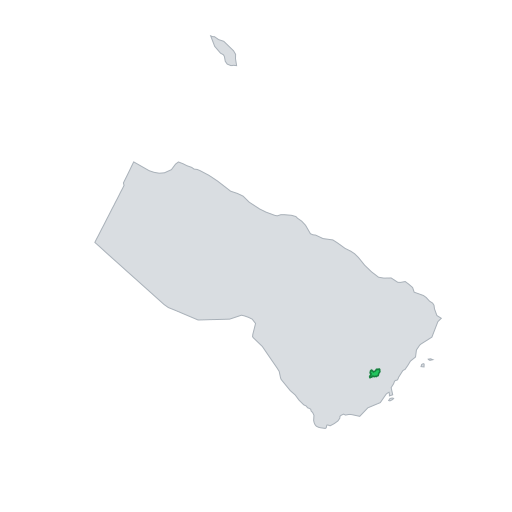 Bani Sa'd, Al Mahwit, Yemen shown in context, rotated 230°
{"feature_id": "15242507B10684657615911", "entity_name": "Bani Sa'd", "entity_type": "district", "adm_level": 2, "iso_a3": "YEM", "parent_name": "Yemen", "parent_adm1": "Al Mahwit", "projection": "mercator", "projection_center": [43.545, 15.235], "detail": "fine", "context": "in_parent", "style": "filled", "palette": "green", "viewbox_px": 512, "rotation_deg": 230, "n_neighbors": 0, "source": "geoboundaries", "source_scale": "gbopen_adm2", "svg_char_len": 4468}
<svg xmlns="http://www.w3.org/2000/svg" viewBox="0 0 512 512"><g transform="rotate(230 256 256)"><path d="M406.7,222.8L390.0,229.0L385.6,231.7L381.6,235.1L378.6,239.3L376.5,246.7L378.1,253.4L377.9,257.0L373.6,259.4L369.6,261.1L365.2,263.7L362.4,264.4L360.2,266.5L357.6,267.9L348.3,271.7L338.2,274.7L322.0,278.2L315.8,282.0L310.1,284.6L301.5,285.4L289.7,289.0L283.1,291.9L274.9,296.6L273.1,298.1L271.7,301.5L269.2,304.5L264.3,309.4L260.6,311.9L258.1,312.1L253.3,313.4L247.7,313.7L238.1,312.0L235.7,313.2L233.7,315.1L226.3,318.5L218.9,325.2L213.4,326.9L204.6,329.1L198.4,331.8L194.3,333.0L188.9,333.5L179.0,333.3L169.7,334.3L161.0,336.2L156.9,339.7L152.3,345.4L144.7,347.7L142.9,349.7L140.5,353.9L135.6,355.0L131.2,355.7L126.6,353.9L118.0,358.9L114.8,359.7L109.9,359.9L106.4,361.0L103.9,360.7L100.7,358.7L94.1,356.3L89.2,357.9L88.8,353.1L80.8,338.6L82.5,325.9L82.5,324.1L80.9,318.5L76.1,313.3L76.2,306.7L74.6,302.0L73.3,297.2L73.7,295.9L73.8,294.7L71.4,287.2L70.5,285.7L70.2,284.2L71.0,283.0L71.0,281.6L69.7,279.3L68.3,274.9L61.8,271.5L63.1,268.3L64.4,269.4L66.1,270.4L66.5,268.3L66.5,266.8L63.8,257.0L67.8,244.1L66.5,232.4L72.7,227.6L74.2,226.2L75.1,225.0L76.6,222.3L78.6,221.4L79.3,218.6L79.2,217.2L77.9,216.0L77.0,212.7L77.3,208.5L77.6,206.8L78.3,203.6L80.4,202.4L80.9,201.5L79.3,199.4L79.4,198.2L83.1,194.9L84.6,193.8L86.9,192.8L88.8,192.8L90.9,193.4L92.9,194.4L94.7,196.1L96.7,198.0L99.7,198.8L101.8,198.6L103.4,199.4L104.8,199.0L106.5,198.0L109.0,198.0L111.3,196.9L117.9,196.3L124.3,196.7L130.9,195.7L137.5,195.8L144.2,195.9L145.6,196.0L147.1,196.6L152.7,199.6L157.0,200.2L165.5,201.0L174.7,201.9L182.6,202.7L189.3,202.0L194.9,201.4L196.4,201.5L198.1,203.3L201.4,207.9L204.6,212.3L210.1,212.5L213.7,210.9L217.6,208.6L220.0,206.8L222.8,199.7L224.6,195.2L228.7,190.0L232.1,185.7L236.7,180.0L239.2,176.8L244.2,170.5L248.9,168.1L258.1,163.4L267.1,158.8L272.9,155.7L277.9,154.4L286.3,153.2L296.1,151.8L305.9,150.4L316.4,148.9L328.0,147.2L336.0,146.1L346.2,144.6L354.7,143.4L362.3,142.4L370.0,141.3L371.5,144.7L372.9,148.2L374.4,151.7L375.9,155.2L377.3,158.7L378.8,162.2L380.3,165.7L381.7,169.1L383.2,172.6L384.7,176.1L386.1,179.6L387.6,183.0L389.0,186.5L390.5,190.0L392.0,193.4L393.4,196.9L394.9,200.3L397.2,201.4L398.6,204.6L400.6,209.2L402.6,213.7L404.7,218.3L406.7,222.8ZM429.1,360.0L431.1,360.4L434.2,359.2L443.1,359.1L453.8,362.8L451.8,363.8L450.6,365.2L445.9,366.4L441.2,369.3L427.6,370.7L423.6,370.0L420.3,367.1L414.3,363.5L416.7,361.2L417.2,360.1L418.1,359.1L421.5,357.3L424.9,357.6L429.1,360.0ZM66.1,314.6L65.6,315.3L65.0,315.2L63.0,313.4L65.2,311.3L66.4,313.2L66.1,314.6ZM59.6,269.1L58.5,269.9L58.2,268.5L58.9,265.5L60.0,264.7L60.7,266.9L60.2,268.1L59.6,269.1ZM65.0,323.7L62.9,324.8L64.3,322.1L65.9,321.5L66.3,321.6L65.0,323.7Z" fill="#d9dde1" stroke="#a8b0b8" stroke-width="1"/><path d="M90.1,277.8L90.2,277.7L90.3,277.7L90.5,277.4L90.5,277.2L90.6,276.9L90.6,276.7L90.7,276.4L90.8,276.4L91.0,276.2L91.3,276.2L91.4,275.9L91.5,275.7L91.8,275.5L91.8,275.4L91.7,275.3L91.7,275.2L91.6,274.9L91.5,274.6L91.5,274.4L91.4,274.3L91.4,274.2L91.3,273.9L91.3,273.7L91.3,273.4L91.3,273.2L91.3,272.9L91.4,272.7L91.5,272.5L91.5,272.4L91.6,272.2L91.8,272.0L91.8,271.9L92.0,271.8L92.1,271.7L92.3,271.6L92.2,271.5L92.3,271.5L92.3,271.4L92.5,271.4L92.8,271.4L93.0,271.3L93.3,271.3L93.5,271.3L93.5,271.2L93.8,271.1L93.9,270.9L94.0,270.9L93.9,270.8L93.9,270.7L94.0,270.7L94.0,270.8L94.3,270.8L94.3,270.7L94.3,270.8L94.4,270.7L94.4,270.4L94.4,270.2L94.4,269.9L94.2,269.6L93.9,269.3L93.6,269.0L93.5,268.7L93.2,268.4L93.0,268.2L92.5,268.3L92.2,268.4L91.9,268.5L91.8,268.4L91.7,268.2L91.6,268.3L91.5,268.2L91.5,267.9L91.4,267.6L91.2,267.6L91.0,267.3L91.0,267.2L90.9,267.2L90.9,266.9L90.9,266.1L90.6,265.8L90.3,265.5L90.3,265.3L89.6,265.1L89.4,265.1L89.4,265.8L89.3,266.0L89.2,266.2L89.1,266.4L89.2,266.6L89.3,266.7L89.3,266.8L89.2,266.8L88.9,266.9L89.0,267.0L89.0,267.7L89.0,268.0L89.0,268.3L88.8,268.5L88.3,268.6L88.1,268.6L88.0,268.8L87.9,268.8L87.7,268.9L87.5,269.0L87.4,269.3L87.4,269.5L87.2,269.7L87.2,269.8L87.2,270.0L86.8,270.6L86.4,270.6L86.2,270.8L86.3,271.2L86.2,271.6L86.1,272.0L86.1,272.4L86.1,272.7L85.9,272.8L86.1,273.2L86.2,273.3L86.3,273.4L86.4,273.5L86.7,273.9L86.7,274.0L86.9,274.3L87.0,274.4L87.2,274.7L87.3,275.0L87.4,275.3L87.5,275.4L87.5,275.5L87.5,275.8L87.5,276.0L87.7,276.4L87.9,276.7L88.2,276.9L88.6,277.1L88.9,277.1L89.0,277.3L89.2,277.5L89.3,277.7L89.5,277.8L89.9,277.9L90.0,277.9L90.1,277.8Z" fill="#22c55e" stroke="#15803d" stroke-width="1.5"/></g></svg>